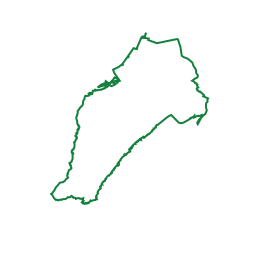 outline of NCR, Fourth District, Paranaque, Philippines, rotated 37°
{"feature_id": "2640588B20861121251971", "entity_name": "NCR, Fourth District", "entity_type": "district", "adm_level": 2, "iso_a3": "PHL", "parent_name": "Philippines", "parent_adm1": "Paranaque", "projection": "robinson", "projection_center": [120.995, 14.466], "detail": "fine", "context": "isolated", "style": "outline", "palette": "green", "viewbox_px": 256, "rotation_deg": 37, "n_neighbors": 0, "source": "geoboundaries", "source_scale": "gbopen_adm2", "svg_char_len": 5818}
<svg xmlns="http://www.w3.org/2000/svg" viewBox="0 0 256 256"><g transform="rotate(37 128 128)"><path d="M113.5,228.8L113.5,228.4L114.6,228.3L114.9,227.9L116.1,227.6L116.2,227.0L117.0,226.3L117.1,225.8L118.4,225.2L118.7,224.1L120.7,222.5L121.6,220.4L121.6,219.3L123.0,218.6L123.7,217.3L123.6,216.3L125.3,216.1L125.8,216.6L126.5,216.6L127.0,215.9L128.3,215.5L129.0,216.0L129.8,214.5L131.5,213.3L132.2,213.4L132.6,212.9L133.3,212.9L134.5,211.0L135.7,213.2L135.8,214.3L136.3,213.8L136.2,215.1L136.7,215.3L136.8,214.8L137.9,214.4L138.3,215.0L138.7,215.0L139.2,214.4L139.4,213.5L140.3,213.4L141.1,212.5L140.8,212.3L141.5,211.8L141.1,211.5L141.5,211.1L141.8,210.0L141.9,209.2L141.7,208.4L142.5,208.1L142.5,209.0L143.0,207.9L144.3,205.9L145.4,205.0L145.2,204.1L145.9,203.6L144.9,203.1L144.6,202.3L144.2,202.5L143.8,202.2L143.6,201.1L143.4,201.0L143.4,198.1L142.4,197.7L142.1,196.3L142.1,194.1L142.6,193.2L142.6,192.6L141.7,192.3L141.5,191.7L141.0,191.4L141.4,190.6L141.1,190.3L141.3,189.3L142.0,189.2L140.5,189.1L141.8,188.7L140.4,188.7L140.9,188.5L140.6,188.4L140.5,187.2L140.8,186.2L140.5,186.0L140.8,184.7L141.4,184.3L140.6,182.3L141.1,181.9L140.7,181.3L140.7,178.5L141.0,177.4L141.6,177.3L141.6,176.9L142.1,177.1L141.6,176.9L141.7,175.4L142.2,174.4L142.6,174.5L142.1,174.1L142.3,173.8L142.1,173.5L141.4,173.5L141.4,171.0L141.8,170.9L141.9,170.1L141.4,170.0L141.3,169.0L141.7,168.1L141.3,167.8L141.6,165.1L142.7,164.2L142.8,163.7L142.3,163.5L142.8,163.1L142.5,162.9L142.4,162.1L142.3,161.9L142.2,161.7L142.3,162.8L141.5,162.7L141.5,162.3L141.1,162.3L141.1,161.7L141.6,161.7L141.7,161.4L141.2,161.2L141.4,158.2L141.1,158.2L141.0,157.2L141.1,154.0L141.7,153.0L141.5,152.1L141.8,151.6L141.0,151.2L141.1,150.9L142.0,151.4L142.6,150.7L142.6,150.2L142.3,150.2L143.0,146.9L144.0,145.6L143.9,145.3L142.8,145.0L143.1,141.4L142.9,140.2L142.6,140.5L142.2,144.5L141.8,144.4L142.4,139.0L142.3,138.2L143.0,136.3L143.5,136.4L143.7,136.1L142.9,135.7L142.8,135.2L143.2,133.8L143.6,133.7L143.4,133.2L143.6,132.2L144.0,132.2L143.8,131.6L144.0,130.8L144.7,130.5L144.3,129.9L145.2,129.7L144.7,129.4L145.0,129.1L144.6,128.8L145.0,127.3L145.9,126.7L145.4,126.0L145.5,125.6L146.1,125.4L146.9,125.6L146.9,124.8L147.6,122.4L147.4,122.1L147.9,120.6L148.2,120.8L148.4,120.5L148.1,120.1L148.7,119.1L148.8,117.5L149.3,116.2L149.2,115.6L148.8,115.5L148.9,114.3L149.4,113.6L149.4,112.8L149.1,112.7L149.4,112.4L149.3,111.7L149.9,110.9L149.7,110.3L149.0,109.8L149.1,108.4L149.9,107.5L152.7,96.2L153.7,93.4L154.7,91.6L164.7,93.1L166.2,92.9L167.6,92.2L169.2,90.1L172.2,83.1L171.8,82.9L172.3,81.8L172.6,81.9L173.4,79.7L174.2,80.2L174.7,79.5L173.7,78.9L173.7,78.2L174.1,78.6L175.5,77.9L176.1,76.8L177.9,75.3L179.2,73.1L180.3,74.4L179.7,78.3L180.2,82.3L181.4,82.9L180.3,76.0L180.5,73.0L181.4,70.3L180.9,69.0L180.4,66.6L177.6,64.4L175.5,61.3L175.6,59.0L174.4,57.7L174.1,56.2L169.0,57.4L169.0,56.0L163.7,55.5L163.5,56.0L163.0,56.2L161.5,55.9L160.9,56.3L159.0,55.1L159.1,54.3L159.7,53.4L158.0,52.7L157.5,51.8L157.0,52.1L155.9,51.1L155.2,51.5L155.1,50.7L155.0,51.2L153.7,51.5L152.2,51.2L150.8,51.6L151.9,47.8L152.8,46.4L152.9,45.1L152.0,43.9L149.6,43.1L147.4,40.9L146.2,40.1L143.3,39.2L140.0,37.0L134.1,36.7L129.4,38.0L127.4,37.9L121.2,31.8L114.6,27.2L113.7,27.4L100.0,42.9L91.3,45.6L90.7,44.1L87.3,46.0L85.4,42.3L85.7,41.1L85.4,41.6L85.3,42.3L87.2,46.1L84.4,47.9L84.3,46.7L84.5,46.4L84.9,46.0L84.9,45.9L84.6,46.2L84.3,46.7L84.4,47.9L83.6,48.4L84.3,48.1L84.4,48.4L87.0,59.0L86.9,58.4L87.3,58.6L87.6,59.7L85.8,60.4L85.7,60.2L85.3,59.9L85.7,60.5L84.4,60.9L84.8,71.0L85.6,70.9L85.6,71.3L84.8,71.4L85.0,80.5L85.9,80.6L85.9,80.9L84.9,80.9L83.8,84.9L81.0,90.4L83.8,92.2L93.0,95.3L92.3,96.2L92.3,97.9L91.3,101.5L89.6,104.6L87.7,104.9L86.4,103.8L86.9,103.0L87.6,100.6L88.0,100.5L88.0,101.0L89.2,100.8L89.2,100.4L88.2,100.6L88.5,99.7L89.2,99.8L88.7,99.4L89.7,98.5L89.5,98.1L90.2,97.3L90.5,97.6L91.2,97.0L91.2,96.2L91.7,95.9L91.2,95.5L89.6,95.1L89.2,94.6L87.6,95.7L86.8,95.8L87.1,97.8L86.3,103.5L84.1,104.0L82.0,104.0L82.1,104.3L82.9,104.3L82.9,105.6L80.5,109.5L79.3,114.0L81.2,111.2L81.5,110.4L82.0,110.3L82.5,109.3L83.9,107.9L84.3,107.9L84.4,107.5L84.2,107.9L83.7,107.6L84.0,107.0L84.5,107.3L84.5,107.0L84.1,106.8L84.1,106.4L84.4,106.2L84.6,106.9L84.7,106.1L84.0,105.6L84.8,105.9L84.8,105.5L84.6,105.5L84.9,105.2L84.6,104.7L84.8,104.4L85.9,104.0L87.4,104.9L87.0,105.1L86.6,107.9L85.8,109.0L85.8,109.4L85.6,109.4L85.2,110.9L84.9,110.9L84.5,111.9L84.1,112.1L83.7,113.5L83.4,113.5L80.4,116.8L79.1,116.9L78.6,117.4L78.7,118.0L79.0,117.1L79.7,117.2L79.4,118.0L77.6,119.3L78.0,119.6L78.1,120.8L78.8,121.8L78.9,122.7L78.2,123.3L77.0,122.4L76.2,123.0L75.8,124.2L77.2,124.7L77.4,125.5L75.7,127.4L74.7,127.7L74.6,128.4L74.8,129.4L75.8,130.9L75.8,132.6L76.4,134.2L77.5,135.8L78.0,137.3L77.9,138.5L77.5,139.4L77.7,140.3L77.4,141.4L77.7,142.3L77.6,144.7L79.2,146.9L79.3,147.9L79.9,148.9L80.0,150.0L80.8,151.4L83.6,153.4L84.8,155.0L86.1,155.5L86.4,155.9L87.1,155.6L87.5,156.2L88.6,156.4L89.0,157.7L88.5,158.3L88.6,159.1L89.1,158.8L89.5,159.1L88.9,160.1L90.1,161.5L89.8,163.1L90.4,163.0L90.6,162.5L90.9,163.0L90.7,166.0L91.3,166.3L92.3,165.9L93.1,166.6L93.0,167.2L93.5,167.5L93.4,169.1L94.0,170.7L93.5,171.8L93.8,172.2L94.4,172.3L95.8,174.0L97.1,176.5L96.8,177.1L97.3,177.9L96.7,179.4L97.2,179.6L97.3,181.0L98.1,181.6L98.8,181.6L99.3,181.1L99.7,181.4L99.4,181.8L99.8,182.8L101.6,184.9L102.6,186.7L102.6,187.7L103.2,188.5L102.8,189.9L103.1,190.6L102.5,190.7L102.3,191.2L104.2,192.5L104.9,192.3L105.7,193.3L106.4,193.6L106.5,194.1L107.0,194.2L107.0,195.6L106.1,197.3L107.0,199.4L107.0,200.5L107.3,201.1L107.8,201.2L108.0,202.6L108.5,203.1L110.0,203.7L109.3,206.4L109.3,208.3L108.8,210.2L106.5,212.7L106.4,216.4L106.1,218.4L106.3,219.6L106.2,220.6L106.8,221.9L106.6,224.2L106.9,225.2L106.3,226.9L108.5,227.3L111.3,228.6L113.5,228.8Z" fill="none" stroke="#15803d" stroke-width="2"/></g></svg>